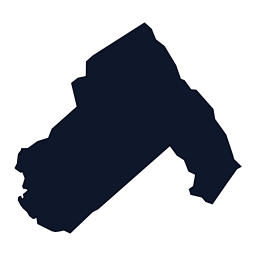 the district of Hampton, South Carolina, United States of America
{"feature_id": "52423323B13440849980241", "entity_name": "Hampton", "entity_type": "district", "adm_level": 2, "iso_a3": "USA", "parent_name": "United States of America", "parent_adm1": "South Carolina", "projection": "orthographic", "projection_center": [-81.257, 32.792], "detail": "fine", "context": "isolated", "style": "filled", "palette": "ink", "viewbox_px": 256, "rotation_deg": 0, "n_neighbors": 0, "source": "geoboundaries", "source_scale": "gbopen_adm2", "svg_char_len": 1302}
<svg xmlns="http://www.w3.org/2000/svg" viewBox="0 0 256 256"><path d="M21.8,148.9L21.7,149.5L21.6,150.2L21.4,150.9L20.9,151.3L18.7,154.2L18.0,159.7L17.7,163.4L15.4,167.9L15.7,168.4L20.8,172.0L21.3,171.8L21.5,171.4L21.6,171.1L21.9,170.9L22.2,170.9L22.6,171.0L25.2,177.6L25.3,178.8L24.0,183.1L23.2,185.4L22.9,185.9L22.9,186.3L23.7,188.1L26.3,188.2L28.0,189.5L28.3,190.3L27.7,191.2L24.3,194.0L23.7,194.3L24.0,196.2L24.6,196.8L24.6,197.2L22.9,199.1L22.1,199.4L21.8,199.3L21.3,198.6L20.6,196.6L20.1,196.6L19.3,197.2L18.7,197.8L18.6,200.2L21.2,205.1L23.8,208.3L26.7,210.8L27.9,212.2L29.6,215.3L32.7,217.9L33.4,218.2L34.5,218.1L35.7,216.8L36.3,216.9L37.0,217.2L37.2,217.7L37.5,220.3L38.0,223.5L52.3,230.6L55.4,231.3L59.7,230.7L62.9,229.9L63.9,229.8L64.3,229.9L70.1,232.7L92.2,211.6L97.9,208.6L170.0,145.1L177.3,155.1L184.5,159.6L189.0,171.0L195.9,174.3L193.8,186.4L189.6,189.4L191.1,194.2L202.1,196.8L206.0,201.3L212.2,203.5L224.4,185.9L229.1,179.2L236.6,168.6L240.6,166.5L233.5,159.5L232.3,155.0L225.6,134.9L214.4,119.2L212.8,109.4L196.0,90.4L190.8,90.0L184.1,80.8L180.3,79.3L175.6,65.7L164.2,46.7L155.4,39.8L151.1,29.2L144.5,23.3L93.2,56.0L86.7,61.8L86.5,76.7L78.1,78.4L71.9,83.3L77.5,106.8L52.3,129.2L48.7,138.3L37.7,141.8L27.9,148.8L21.8,148.9Z" fill="#0f172a" stroke="#020617" stroke-width="1.5"/></svg>